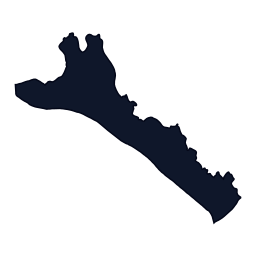 outline of Lvea Aem, Kândal, Cambodia
{"feature_id": "14789045B58645721856410", "entity_name": "Lvea Aem", "entity_type": "district", "adm_level": 2, "iso_a3": "KHM", "parent_name": "Cambodia", "parent_adm1": "Kândal", "projection": "natural_earth1", "projection_center": [105.137, 11.518], "detail": "fine", "context": "isolated", "style": "filled", "palette": "ink", "viewbox_px": 256, "rotation_deg": 0, "n_neighbors": 0, "source": "geoboundaries", "source_scale": "gbopen_adm2", "svg_char_len": 5781}
<svg xmlns="http://www.w3.org/2000/svg" viewBox="0 0 256 256"><path d="M214.0,222.9L214.9,222.0L216.7,221.0L218.2,220.3L219.9,219.3L222.2,217.8L224.2,216.2L230.2,210.8L231.8,209.4L232.8,208.2L233.7,207.1L235.0,205.3L236.2,203.8L237.1,202.2L237.9,200.5L238.9,199.3L239.7,198.6L240.6,197.9L240.6,197.2L238.5,195.7L237.8,195.0L237.3,194.0L236.9,192.6L237.0,189.8L236.8,189.2L236.0,188.7L234.9,188.5L233.9,188.0L233.3,187.4L231.9,185.3L231.4,184.2L231.3,183.3L231.9,181.8L233.1,180.5L233.9,179.5L234.0,178.9L233.2,178.0L232.7,177.3L232.2,176.0L231.9,175.3L231.4,174.7L231.1,174.4L230.5,174.3L229.5,173.8L228.9,172.4L228.4,172.1L228.0,172.3L227.5,172.6L226.9,173.1L225.7,174.5L225.2,175.3L224.8,175.9L224.3,176.6L223.9,177.3L223.7,178.2L223.5,179.0L223.1,178.7L222.5,178.1L221.8,177.3L221.2,176.6L219.6,175.1L219.0,174.1L219.0,173.2L218.8,172.7L218.4,172.1L217.8,172.1L217.2,172.5L216.5,173.4L216.4,174.4L216.0,175.2L214.6,176.2L214.1,177.0L213.9,177.5L213.4,177.3L212.2,176.3L211.7,175.8L211.1,175.2L210.5,174.3L210.3,173.8L209.5,173.6L208.0,174.0L207.6,174.0L207.2,173.6L207.0,172.7L207.1,172.0L207.5,170.7L207.5,170.2L207.2,169.8L206.6,169.8L206.0,169.8L205.5,169.7L204.9,168.3L204.3,168.2L203.9,168.4L203.2,169.0L202.6,169.3L202.2,169.3L201.9,168.8L201.3,166.7L200.9,165.7L200.6,165.2L198.9,163.3L198.3,162.7L196.5,161.8L195.7,161.1L195.4,160.4L195.6,159.8L196.3,158.5L196.4,157.9L196.3,157.4L195.8,155.9L195.8,155.3L196.2,153.4L196.3,152.8L196.3,152.4L196.0,151.5L195.5,151.0L194.9,150.6L194.0,150.1L193.1,149.7L191.6,148.8L190.7,148.4L189.9,148.2L189.6,148.4L188.8,149.8L188.1,150.3L187.7,150.3L187.2,150.0L187.0,149.5L187.2,148.5L187.1,148.0L186.9,147.4L186.4,145.9L185.8,144.8L185.2,142.9L185.2,142.2L185.4,141.3L185.6,140.3L185.8,139.7L186.1,138.8L185.4,137.5L184.3,136.4L183.5,135.7L182.2,135.1L181.7,134.7L180.3,131.8L179.9,130.6L179.1,127.8L178.6,126.9L177.9,126.4L177.5,125.9L177.4,125.5L177.7,124.4L177.3,124.2L176.9,124.6L176.0,126.1L174.4,126.5L173.3,126.5L172.2,126.5L171.5,126.3L170.9,126.3L170.3,127.6L169.8,128.2L169.0,128.2L168.3,128.0L167.9,127.8L164.7,127.3L163.8,127.0L162.9,126.5L161.8,125.4L160.3,123.2L159.1,121.9L157.5,120.4L156.6,119.7L155.0,118.9L153.4,118.3L152.2,117.5L150.8,117.3L148.3,117.9L146.7,118.7L145.8,119.5L145.4,119.8L144.0,121.1L143.1,121.2L142.2,120.8L141.6,120.2L140.9,119.7L139.9,119.5L139.2,119.7L138.4,119.5L138.3,118.5L138.2,117.6L137.2,117.0L136.2,116.6L134.8,116.2L133.9,115.7L132.6,114.8L132.3,113.7L132.2,113.1L132.8,111.6L133.2,110.0L133.7,108.8L133.6,108.3L133.3,107.2L133.2,106.1L133.8,105.6L134.6,105.6L135.9,105.6L136.4,105.4L136.5,104.6L136.0,103.6L134.8,102.5L133.5,101.6L132.3,101.5L131.0,102.1L129.9,102.1L129.5,101.7L128.4,100.6L127.5,98.4L127.0,96.6L126.2,94.9L125.4,95.3L125.5,96.0L125.4,96.9L125.0,96.9L124.5,96.3L124.1,96.1L123.4,96.3L122.6,96.5L122.0,97.0L121.8,97.6L121.4,97.5L120.3,96.2L119.5,95.3L119.0,95.0L117.8,93.2L116.2,90.2L114.9,87.0L114.3,84.6L114.4,81.0L114.9,78.6L115.3,75.5L115.1,73.1L114.7,71.9L114.4,70.1L113.9,68.7L113.1,67.0L111.4,64.0L110.4,62.4L108.7,60.2L107.3,58.1L106.0,56.2L104.7,54.4L103.8,52.8L103.2,51.3L102.2,47.6L102.3,45.8L102.5,43.3L102.5,41.8L102.1,40.5L101.4,39.7L99.8,38.7L99.6,37.3L99.6,36.6L99.5,35.5L99.2,34.6L98.8,34.5L98.1,34.8L97.0,35.9L96.0,36.3L94.7,36.4L92.6,36.0L91.1,34.9L89.8,34.5L89.1,34.5L88.1,34.8L86.9,35.9L86.2,36.9L85.9,38.0L85.9,38.6L86.1,39.8L87.0,41.8L87.8,43.9L88.0,45.5L87.6,46.9L86.9,48.3L85.8,50.1L84.6,51.3L83.8,51.8L82.4,52.3L81.0,51.3L79.5,49.4L78.7,47.4L78.5,45.1L78.4,44.4L78.0,41.5L77.4,39.4L76.9,38.2L76.0,37.1L75.2,36.9L73.9,36.9L73.3,36.5L73.4,35.7L73.4,34.5L73.1,33.3L72.6,33.1L71.8,33.2L71.4,33.3L70.8,33.5L70.1,33.8L69.8,33.8L69.5,34.5L69.4,35.0L69.0,35.8L69.0,36.3L69.0,36.7L68.0,36.9L67.3,37.3L66.9,37.9L66.3,38.3L65.3,38.2L64.7,37.8L64.2,38.0L63.5,38.8L63.4,39.7L63.5,40.7L63.4,41.3L61.1,43.3L60.2,44.3L59.3,45.8L59.1,46.7L59.6,48.0L60.5,49.4L62.1,51.0L62.8,51.7L63.8,53.0L64.0,53.3L64.5,54.0L65.0,54.7L65.4,56.6L65.7,58.9L65.8,59.9L66.0,61.0L66.4,61.6L66.6,62.0L66.6,62.7L66.3,64.3L66.3,65.2L66.7,66.0L66.8,66.7L66.2,67.7L65.3,70.1L64.4,72.3L63.0,74.9L62.0,76.3L60.7,77.0L58.8,77.6L57.6,78.5L55.8,80.1L54.3,81.2L52.8,81.9L51.3,81.8L50.1,81.4L49.4,81.5L48.5,81.7L48.0,81.9L47.3,82.8L46.0,83.8L45.0,85.0L44.4,84.6L43.5,83.8L42.1,83.1L39.7,81.4L37.9,80.5L36.6,79.7L35.6,79.3L33.8,79.3L31.3,80.0L29.3,80.9L27.5,81.2L25.5,81.8L23.9,82.4L22.1,83.1L21.3,83.4L19.1,83.8L18.0,84.2L16.5,84.6L15.4,84.6L15.9,92.7L15.9,93.9L16.3,95.0L16.5,95.3L17.1,96.0L17.6,96.4L18.8,97.1L20.5,98.4L22.0,99.5L24.6,101.1L26.2,101.9L27.8,102.8L29.6,104.5L32.1,105.7L35.2,106.8L38.2,107.4L43.7,108.4L45.7,108.9L46.8,109.1L47.7,109.0L48.3,108.9L49.6,108.9L50.7,108.8L51.8,108.6L52.7,108.6L53.5,108.6L60.0,108.4L61.5,108.6L63.0,108.7L64.8,109.0L67.7,109.4L71.4,110.2L74.3,111.1L77.2,112.1L78.1,112.1L79.2,112.5L80.2,112.8L83.2,114.1L84.0,114.5L85.2,115.2L88.7,117.0L91.1,118.1L94.0,119.8L96.9,121.2L98.6,122.5L100.7,124.2L108.0,130.4L121.2,140.7L124.7,142.7L126.4,143.6L127.8,144.0L128.2,144.2L128.8,144.7L129.7,145.1L131.6,146.0L134.2,147.6L137.2,149.6L138.6,150.6L140.4,151.7L141.5,152.6L142.4,153.3L143.8,154.5L144.9,155.2L145.9,156.1L147.7,157.4L149.6,159.3L150.7,160.2L152.6,162.3L153.9,163.5L154.8,164.5L155.7,165.7L156.5,166.7L157.6,167.8L158.8,169.3L159.6,170.1L160.9,171.3L161.5,172.0L162.6,172.8L163.9,173.8L165.4,175.3L166.6,176.2L168.5,177.6L170.1,178.9L171.9,180.1L173.5,181.3L177.1,184.6L178.6,185.7L180.4,187.4L182.2,188.7L183.5,189.8L184.9,191.0L186.7,192.7L189.1,194.4L191.7,196.7L194.1,198.6L196.2,200.5L199.4,203.1L201.4,204.8L202.4,205.5L203.5,206.7L204.6,207.5L205.2,208.2L206.4,209.3L207.6,210.2L208.5,210.5L209.5,211.6L210.6,213.1L211.6,214.9L212.4,216.6L212.9,218.7L213.7,221.7L214.0,222.9Z" fill="#0f172a" stroke="#020617" stroke-width="1.5"/></svg>